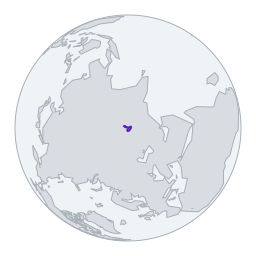 globe centered on Badakhshan, rotated 213°
{"feature_id": "AFG-1760", "entity_name": "Badakhshan", "entity_type": "Province", "adm_level": 1, "iso_a3": "AFG", "parent_name": "Afghanistan", "parent_adm1": "", "projection": "orthographic", "projection_center": [71.727, 36.958], "detail": "fine", "context": "on_globe", "style": "filled", "palette": "violet", "viewbox_px": 256, "rotation_deg": 213, "n_neighbors": 0, "source": "natural_earth", "source_scale": "10m", "svg_char_len": 12089}
<svg xmlns="http://www.w3.org/2000/svg" viewBox="0 0 256 256"><g transform="rotate(213 128 128)"><circle cx="128" cy="128" r="113" fill="#eef3f6" stroke="#a8b0b8"/><path d="M151.6,17.9L153.9,19.4L162.4,23.7L167.7,25.5L164.5,25.0L176.4,29.1L182.7,33.1L173.9,28.4L171.7,27.9L175.2,30.3L173.7,30.3L174.5,31.5L172.5,31.4L167.5,29.0L166.1,29.0L168.6,30.8L168.1,32.0L164.6,29.4L163.4,31.3L154.9,28.3L147.2,22.5L140.8,21.9L128.5,18.9L127.9,19.5L122.9,19.2L120.4,19.9L118.9,19.4L118.2,20.5L120.2,20.8L120.5,21.4L119.2,22.0L117.0,21.3L117.3,21.0L116.0,21.1L115.4,20.6L115.0,21.2L112.4,20.5L113.0,22.0L109.4,22.2L108.2,21.6L110.8,20.5L114.7,17.4L114.3,16.9L111.2,17.1L99.8,19.4L98.3,19.5L94.5,20.5L94.1,20.8L97.0,20.1L95.3,21.2L99.0,20.6L98.9,21.0L101.7,21.1L98.5,22.4L93.9,23.7L91.5,23.7L89.4,24.4L89.5,25.6L82.7,27.2L74.5,31.2L73.1,31.7L74.3,30.0L79.9,26.6L81.4,25.4L77.6,27.6L74.1,29.2L72.3,30.2L70.9,31.1L71.1,31.1L69.3,32.1L72.0,30.3L74.0,29.1L73.1,29.7L75.7,28.2L75.8,28.2L83.6,24.5L91.7,21.4L100.0,18.9L108.5,17.1L117.1,15.9L125.7,15.4L134.4,15.5L143.0,16.4L151.6,17.9ZM156.0,19.1L154.3,18.7L154.9,18.6L155.7,18.9L156.0,19.1ZM171.9,27.0L169.8,25.8L172.3,27.0L171.9,27.0ZM175.0,31.7L176.1,32.1L176.1,32.6L175.0,31.7ZM103.3,20.4L102.5,20.8L102.4,20.6L103.3,20.4ZM105.2,20.2L105.6,19.8L106.6,19.6L106.3,19.9L105.2,20.2ZM172.9,33.0L172.5,33.9L172.0,32.6L172.9,33.0ZM104.5,20.9L108.3,19.5L110.0,19.3L110.4,20.2L104.5,20.9ZM171.8,34.1L171.0,36.5L173.2,37.5L166.4,36.4L169.3,34.5L168.3,32.7L170.2,33.9L171.8,34.1ZM121.3,20.7L119.2,20.3L122.2,20.2L121.3,20.7ZM123.1,20.5L131.6,19.5L134.1,20.5L130.7,20.5L134.9,21.6L131.9,22.5L128.9,22.1L127.9,21.2L127.6,22.3L123.1,20.5ZM162.7,35.5L161.8,35.9L161.8,35.1L162.7,35.5ZM120.9,21.7L122.4,21.3L124.6,22.1L122.0,23.0L122.2,22.4L120.9,21.7ZM137.4,21.5L138.6,22.4L136.5,23.3L136.7,23.8L132.0,22.6L137.4,21.5ZM121.0,22.5L120.7,23.4L118.4,23.6L119.6,22.1L121.0,22.5ZM126.3,22.0L127.3,22.4L125.9,22.5L126.3,22.0ZM110.4,25.1L112.1,24.4L113.4,24.7L110.4,25.1ZM120.7,23.8L121.5,23.7L122.2,23.8L121.5,24.5L120.7,23.8ZM130.9,23.4L129.8,23.7L132.7,23.9L131.3,24.8L128.4,23.9L129.0,24.6L128.6,24.9L126.7,23.9L130.9,23.4ZM123.0,25.5L118.8,24.9L115.3,25.9L114.0,25.6L120.0,24.1L123.0,25.5ZM125.4,24.6L123.6,25.1L122.9,24.4L123.7,23.6L125.4,24.6ZM131.3,25.7L134.3,24.6L134.8,24.9L131.3,25.7ZM122.1,25.9L123.1,26.0L121.9,26.0L122.1,25.9ZM128.6,25.9L129.6,25.4L130.2,25.7L128.6,25.9ZM124.4,26.8L123.0,26.6L123.5,26.0L124.4,26.8ZM126.4,26.5L127.0,27.0L124.5,26.0L126.8,26.2L126.4,26.5ZM129.0,26.2L129.7,26.3L128.5,26.4L129.0,26.2ZM123.3,29.1L120.0,28.0L121.1,26.7L124.1,28.0L123.3,29.1ZM16.9,124.9L19.1,105.9L21.0,102.4L23.5,95.9L38.7,87.1L39.5,91.5L48.8,98.5L49.5,100.5L45.8,104.9L50.7,118.1L55.3,115.6L62.3,124.5L68.6,127.5L75.4,118.5L65.1,113.3L65.9,107.4L76.2,107.3L85.6,112.1L86.2,110.0L82.5,103.1L86.8,100.6L81.4,100.5L82.0,103.2L78.6,103.3L77.9,100.9L79.4,100.0L77.2,97.8L70.3,102.9L70.2,106.3L63.0,103.7L62.1,109.1L59.3,110.2L60.0,101.4L61.6,99.1L60.9,88.2L58.6,90.3L59.0,100.9L57.9,99.3L54.7,102.7L56.3,98.8L56.4,87.2L51.4,84.6L41.2,89.3L39.1,87.4L39.1,82.8L46.6,74.2L50.5,79.6L53.2,77.1L55.7,71.0L56.7,73.3L58.2,71.6L60.0,73.5L65.7,71.9L68.0,73.5L73.4,69.0L75.3,69.3L71.6,71.8L70.2,74.6L76.3,79.0L78.4,78.7L81.4,75.5L82.7,77.3L84.9,73.7L89.9,74.9L85.6,70.6L89.0,67.2L93.7,66.0L94.1,64.3L86.3,66.3L84.0,67.8L83.2,70.3L76.0,74.5L73.2,73.9L77.8,67.0L74.3,65.5L79.4,61.1L97.2,57.7L103.0,58.6L106.0,67.2L102.8,68.8L100.2,66.4L99.7,71.7L101.1,69.8L102.2,71.4L105.8,69.0L106.7,70.0L108.5,66.0L110.0,67.1L108.9,69.6L115.4,67.3L119.5,68.9L120.5,67.9L120.5,66.4L125.6,69.7L126.2,68.9L124.7,67.4L124.8,64.8L127.0,61.7L128.6,63.0L128.1,64.3L129.4,69.2L127.6,72.8L128.6,73.0L130.5,70.3L128.9,64.2L129.7,62.0L130.9,64.6L130.6,63.5L131.5,62.8L134.0,63.4L132.8,60.5L140.9,52.2L146.6,52.9L146.8,56.0L154.2,52.6L160.0,54.3L158.6,52.9L161.2,50.7L159.4,50.1L159.0,49.2L164.9,44.0L167.6,44.1L168.5,40.8L167.8,40.1L165.9,39.9L166.4,36.4L173.2,37.5L174.5,38.8L177.9,38.8L180.3,42.1L183.9,45.1L184.5,49.1L187.3,51.3L188.3,51.1L192.8,54.1L198.6,61.7L189.4,56.5L179.9,46.6L183.4,50.6L181.2,50.0L181.7,51.8L184.2,54.7L185.4,54.8L182.6,62.5L186.2,72.0L189.2,69.7L192.7,71.3L199.4,81.6L199.6,99.7L204.3,103.1L205.6,106.2L203.9,109.4L201.9,104.9L198.8,104.5L197.9,101.7L194.5,105.8L193.1,102.0L191.1,107.4L193.6,109.8L197.1,107.4L196.0,114.1L201.6,117.6L204.0,123.8L200.4,137.9L194.1,144.1L194.1,146.3L190.7,145.1L187.5,150.3L194.9,159.3L195.1,162.4L189.4,170.4L189.0,168.2L180.1,165.1L179.3,172.8L186.1,177.0L188.5,183.1L183.7,182.4L181.2,177.1L178.0,175.8L178.2,169.3L174.3,160.3L169.4,163.3L169.1,159.3L163.0,152.0L155.6,155.8L144.2,167.7L143.7,177.8L139.3,182.3L131.4,168.3L129.7,158.3L125.7,159.2L118.5,150.3L102.9,148.0L101.7,145.1L98.5,145.8L93.6,142.1L92.1,137.2L88.7,136.7L92.9,149.5L96.7,150.1L101.3,146.5L101.6,150.7L106.5,155.1L97.5,163.4L76.0,166.5L75.6,158.7L68.0,133.3L69.2,131.2L69.3,130.9L69.3,130.3L66.8,133.6L66.1,128.6L68.3,145.8L67.9,152.3L75.7,166.9L74.5,167.7L77.5,171.0L89.2,171.2L88.9,173.6L82.3,183.1L67.6,192.2L70.6,201.7L71.2,208.4L64.3,209.4L67.2,214.6L63.9,214.4L65.2,216.8L63.9,217.8L60.8,217.3L53.2,212.0L50.9,209.5L44.4,202.3L34.5,186.2L34.5,181.8L33.0,176.4L27.7,160.6L28.8,155.0L27.8,150.9L25.5,149.0L24.6,144.0L23.4,142.3L17.5,133.2L16.9,124.9ZM30.7,94.5L29.6,96.2L30.7,94.5ZM93.8,122.7L100.6,124.9L100.5,117.6L103.1,117.9L102.2,115.4L100.5,117.0L98.6,110.3L102.6,109.2L103.3,106.2L101.1,105.3L94.1,108.5L96.7,118.0L93.9,120.2L93.8,122.7ZM73.9,29.3L73.6,29.5L71.9,30.5L72.3,30.2L73.9,29.3ZM67.3,34.5L64.5,36.0L66.7,34.6L66.6,34.4L71.1,31.3L72.6,31.8L71.1,32.0L67.3,34.5ZM77.6,27.8L74.5,29.4L77.8,27.7L77.6,27.8ZM64.7,61.3L64.3,63.2L62.0,64.6L59.1,63.3L62.3,61.3L64.7,61.3ZM64.1,65.7L69.4,59.6L71.4,60.4L69.4,61.0L70.2,62.1L67.2,63.3L63.9,70.4L61.7,72.1L57.5,68.3L60.1,68.5L60.4,66.5L64.1,65.7ZM79.4,45.0L81.7,43.1L83.1,47.3L80.8,48.7L77.7,47.2L78.7,44.8L79.4,45.0ZM104.4,23.1L105.2,22.6L105.9,22.7L105.7,23.2L104.4,23.1ZM111.1,24.7L101.6,25.8L102.0,25.2L95.9,26.9L94.7,26.0L98.7,24.8L93.2,25.6L96.3,24.2L92.5,24.9L101.5,22.5L104.0,21.5L101.6,22.9L102.7,23.7L103.9,23.8L109.3,23.3L115.3,21.8L117.3,22.6L117.2,23.6L116.0,24.1L115.1,23.4L114.2,24.5L112.0,23.9L111.1,24.7ZM113.8,38.3L113.1,36.7L111.0,40.1L108.8,39.0L108.7,39.4L106.0,39.4L102.6,40.3L102.0,39.5L100.9,40.2L99.2,40.3L97.5,41.0L95.8,40.0L93.6,40.9L94.0,39.9L90.8,41.7L92.4,39.9L90.3,40.1L89.8,41.7L84.5,35.8L81.0,35.1L77.2,35.7L80.5,32.9L86.2,30.8L92.5,29.7L95.4,30.9L96.4,29.6L98.1,29.9L96.6,30.8L99.9,29.6L100.9,30.1L106.5,29.9L110.6,28.1L112.8,28.1L111.7,29.1L114.6,28.4L114.0,30.3L115.5,30.5L116.4,32.6L113.3,34.6L115.3,34.6L116.1,36.4L113.8,38.3ZM123.4,29.7L120.3,32.1L117.5,32.7L117.1,28.8L115.8,28.5L115.5,26.3L119.5,25.5L119.2,26.2L119.9,26.7L118.4,26.7L120.1,27.0L119.8,28.0L121.1,28.6L119.7,29.2L123.4,29.7ZM51.9,99.7L52.8,100.8L54.5,101.9L52.5,104.2L51.9,99.7ZM51.8,91.8L52.8,92.2L50.9,95.7L50.0,94.7L51.8,91.8ZM55.0,89.6L53.0,92.0L53.6,90.1L55.0,89.6ZM72.7,72.1L74.0,72.5L73.4,73.4L72.0,74.2L72.7,72.1ZM107.0,49.3L107.1,48.0L107.9,47.9L110.3,45.3L112.1,46.1L111.4,48.0L107.0,49.3ZM72.7,119.4L69.9,120.4L69.4,119.0L70.5,118.9L72.7,119.4ZM60.0,112.2L62.1,115.2L59.4,112.9L60.0,112.2ZM109.5,49.8L110.2,48.6L110.7,49.7L109.5,49.8ZM113.6,46.6L114.4,47.7L112.6,45.9L113.6,46.6ZM124.4,240.3L126.2,240.4L124.2,240.4L124.4,240.3ZM88.6,212.5L85.4,221.8L80.6,220.4L78.2,217.0L78.4,210.9L83.6,210.5L85.8,208.0L88.6,212.5ZM209.6,188.3L211.8,187.3L211.6,187.7L209.6,188.3ZM207.3,188.3L210.0,186.9L206.7,189.4L207.3,188.3ZM211.0,186.4L213.7,184.0L214.9,182.7L214.6,183.6L211.0,186.4ZM205.4,189.3L194.5,194.1L190.0,194.7L191.2,192.9L198.5,190.4L205.4,189.3ZM190.8,193.0L183.7,191.2L172.8,181.2L176.7,180.5L187.9,185.2L187.2,186.7L191.5,188.6L190.8,193.0ZM207.4,178.3L206.6,182.5L200.8,185.0L198.0,185.5L196.1,181.3L197.2,178.2L199.5,177.4L207.6,164.3L210.6,165.1L208.3,170.2L210.7,172.5L207.4,178.3ZM144.3,178.7L147.3,184.1L144.8,185.2L144.3,178.7ZM210.2,156.1L207.4,161.9L209.8,154.9L210.2,156.1ZM211.3,149.9L211.8,151.9L210.2,150.6L211.3,149.9ZM194.6,149.3L192.2,150.8L191.8,149.2L194.7,146.5L194.6,149.3ZM205.7,129.1L206.9,133.7L206.9,135.5L205.2,133.3L205.7,129.1ZM126.3,56.7L121.0,59.2L118.4,61.9L118.9,64.7L116.0,62.0L120.0,57.8L126.3,56.7ZM139.0,52.5L138.5,50.3L140.2,50.8L140.5,51.3L139.0,52.5ZM137.6,51.6L134.3,50.0L135.0,48.4L137.5,50.0L137.6,51.6ZM121.7,49.4L120.0,50.1L119.7,49.1L121.7,49.4ZM211.8,203.3L210.8,204.2L194.7,218.0L191.9,219.4L194.3,217.1L195.2,213.1L196.2,212.6L197.7,208.9L208.2,200.0L216.3,188.7L220.2,186.0L224.3,178.0L227.7,174.7L225.6,180.2L227.8,179.0L232.5,166.6L230.7,174.2L226.9,182.0L222.4,189.5L217.4,196.6L211.8,203.3ZM215.0,185.3L218.4,180.4L220.0,179.0L215.0,185.3ZM239.4,144.7L239.4,144.4L239.4,144.7ZM236.2,155.7L236.7,157.3L235.7,159.7L234.8,159.6L233.0,164.5L229.7,168.5L230.8,165.8L230.6,163.7L226.5,166.9L225.7,166.0L227.4,163.3L224.3,164.6L227.7,160.7L228.8,163.2L230.6,158.5L233.2,156.0L235.4,154.0L236.6,153.9L236.2,155.7ZM227.2,168.8L227.8,168.3L227.2,169.9L227.2,168.8ZM239.3,144.5L239.4,144.9L239.3,145.5L239.2,145.9L239.3,144.5ZM237.0,152.6L238.6,146.5L238.8,145.8L237.7,151.3L237.0,152.6ZM238.4,145.3L238.9,144.2L239.0,145.1L238.9,145.9L238.4,145.3ZM220.4,171.4L220.2,172.6L219.3,172.5L220.4,171.4ZM221.7,169.9L224.4,168.7L221.4,171.0L221.7,169.9ZM212.3,172.5L213.3,174.4L216.3,171.0L214.0,174.7L215.8,177.4L215.0,179.3L213.2,176.3L212.2,181.2L210.9,181.9L210.3,178.5L211.8,173.0L213.2,170.2L218.5,166.0L212.3,172.5ZM221.8,166.9L221.0,164.6L221.5,162.2L222.4,163.1L221.8,166.9ZM218.3,159.2L215.8,157.1L213.9,159.7L217.4,152.3L219.3,155.5L218.3,159.2ZM215.6,152.7L213.9,155.1L215.5,151.0L215.6,152.7ZM213.2,154.3L212.6,151.9L214.2,151.3L213.2,154.3ZM216.6,152.2L216.4,147.8L217.5,149.8L216.6,152.2ZM211.0,146.7L215.1,148.8L210.4,149.7L208.6,141.6L210.5,140.3L211.0,146.7ZM211.1,106.7L209.8,104.6L211.0,103.0L211.6,104.9L211.1,106.7ZM213.7,96.5L210.9,101.9L208.4,106.6L209.9,106.9L210.7,111.5L207.6,108.9L208.2,102.7L210.4,99.9L209.2,96.2L209.9,92.5L207.4,88.6L207.2,86.2L210.1,89.0L213.7,96.5ZM206.3,87.1L202.2,79.8L205.2,78.7L206.8,80.1L207.4,83.8L205.8,84.1L206.3,87.1ZM202.1,77.8L200.5,78.1L191.2,69.7L190.0,67.7L198.7,73.1L197.6,73.8L199.4,76.2L202.1,77.8ZM162.9,36.4L161.9,35.9L163.1,36.0L162.9,36.4ZM157.9,49.0L157.5,47.9L158.9,47.9L157.9,49.0ZM157.1,45.0L155.8,45.7L156.5,44.3L157.1,45.0ZM152.9,47.4L154.9,45.7L154.0,48.2L152.9,47.4Z" fill="#d9dde1" stroke="#a8b0b8" stroke-width="1"/><path d="M132.8,127.4L132.7,127.3L132.4,127.4L132.3,127.5L132.2,127.5L132.3,127.7L132.4,127.8L132.2,127.9L132.0,128.0L131.9,128.1L131.7,128.1L131.4,128.1L131.2,128.1L130.8,128.1L130.7,128.1L130.4,128.2L130.1,128.2L129.9,128.2L129.7,128.2L129.4,128.2L129.3,128.3L129.2,128.3L128.9,128.4L128.8,128.5L128.7,128.5L128.4,128.8L128.2,128.9L128.1,129.0L127.9,129.0L127.7,129.2L127.7,129.3L127.5,129.5L127.4,129.5L127.2,129.6L127.1,129.8L127.0,130.0L126.9,130.2L126.9,130.3L126.9,130.5L126.7,130.6L126.6,130.8L126.4,130.9L126.2,131.0L126.1,130.9L126.1,130.7L125.9,130.5L125.7,130.5L125.6,130.4L125.7,130.2L125.8,130.1L126.0,129.9L125.9,129.8L126.0,129.8L126.0,129.7L126.0,129.3L125.9,129.3L125.7,129.2L125.4,129.0L125.3,128.9L125.3,128.6L125.3,128.0L125.4,127.9L125.5,127.8L125.4,127.7L125.3,127.4L125.3,127.2L125.3,126.8L125.5,126.8L125.6,126.7L125.8,126.5L125.7,126.4L125.6,126.2L125.8,126.0L125.8,125.9L126.0,125.8L126.0,125.7L126.2,125.4L126.3,125.3L126.3,125.2L126.5,125.1L126.8,125.1L127.0,125.1L127.2,125.3L127.3,125.4L127.4,125.5L127.4,125.8L127.3,126.0L127.5,126.1L127.8,126.1L127.8,126.3L127.7,126.4L127.7,126.5L127.6,126.8L127.7,127.0L127.6,127.3L127.6,127.5L127.5,127.8L127.6,128.0L127.7,128.3L127.8,128.4L127.8,128.5L128.0,128.5L128.6,128.2L128.8,128.0L129.0,127.9L129.5,127.9L129.5,127.7L129.7,127.4L129.8,127.4L130.0,127.3L130.1,127.2L130.3,127.1L130.5,127.0L130.7,126.9L130.9,127.0L131.0,127.0L131.1,127.3L130.9,127.3L131.0,127.4L131.1,127.5L131.1,127.4L131.3,127.4L131.5,127.3L131.8,127.2L132.0,127.1L132.3,127.1L132.5,127.1L132.8,127.2L132.9,127.4L133.0,127.4L132.8,127.4L132.8,127.4Z" fill="#8b5cf6" stroke="#5b21b6" stroke-width="1.5"/></g></svg>